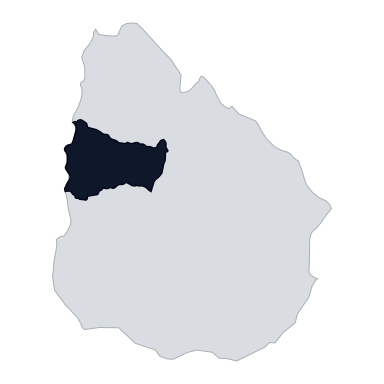 Paysandú on a map of Uruguay (Equal Earth projection)
{"feature_id": "URY-8", "entity_name": "Paysandú", "entity_type": "Department", "adm_level": 1, "iso_a3": "URY", "parent_name": "Uruguay", "parent_adm1": "", "projection": "equal_earth", "projection_center": [-57.298, -32.042], "detail": "fine", "context": "in_parent", "style": "filled", "palette": "ink", "viewbox_px": 384, "rotation_deg": 0, "n_neighbors": 0, "source": "natural_earth", "source_scale": "10m", "svg_char_len": 4757}
<svg xmlns="http://www.w3.org/2000/svg" viewBox="0 0 384 384"><path d="M317.5,278.6L314.9,281.2L312.1,286.1L308.6,297.7L297.5,313.8L295.2,322.8L283.4,332.3L275.0,342.9L269.6,342.6L264.7,347.2L236.6,361.0L226.6,358.4L219.2,358.4L212.4,352.3L196.7,350.1L186.8,352.6L173.5,359.2L169.5,359.1L166.6,358.8L159.5,356.0L155.6,350.1L135.2,343.3L118.8,327.8L99.4,327.5L84.5,329.5L82.2,327.5L80.7,323.5L77.6,317.8L64.8,304.1L54.6,290.4L52.6,277.0L53.9,262.4L56.9,245.1L56.3,239.7L60.1,236.6L63.8,236.0L67.3,231.5L70.5,224.7L71.0,219.6L68.5,210.1L66.7,196.7L64.7,190.1L68.7,179.6L68.9,174.5L66.5,170.0L65.9,165.4L66.9,160.7L66.7,156.1L65.2,151.7L66.3,148.1L70.1,145.2L72.9,140.8L74.7,134.9L75.7,130.4L75.7,127.3L74.6,124.3L72.2,121.5L73.3,116.0L77.8,107.8L80.7,100.4L82.0,94.0L81.9,88.8L80.4,84.9L81.0,82.2L83.8,80.8L85.0,76.7L84.6,66.3L81.7,57.8L83.9,51.0L90.2,43.1L93.4,36.8L93.7,32.0L95.7,29.2L98.7,34.4L107.6,35.8L116.6,36.0L118.1,34.7L121.6,26.1L126.3,23.7L131.4,23.0L136.9,23.5L142.8,29.1L159.5,47.6L171.7,60.4L175.4,66.4L178.7,71.0L181.1,75.2L180.0,86.1L180.1,90.9L180.7,92.2L183.5,92.4L187.6,91.6L191.1,89.2L193.9,85.7L196.6,82.9L198.7,81.4L199.5,79.0L200.8,76.6L202.1,76.1L204.5,77.9L210.1,84.1L214.5,89.9L215.6,93.2L217.3,96.7L219.1,99.7L220.3,102.6L224.6,106.4L229.0,108.8L231.9,106.3L239.2,114.2L255.5,120.9L258.4,124.9L261.2,130.5L266.8,139.1L274.6,146.9L280.9,150.1L287.0,152.0L290.3,153.7L292.6,156.7L296.3,159.8L298.6,161.0L299.4,163.9L301.7,170.1L304.1,178.0L306.7,185.3L312.5,192.3L319.1,197.7L326.0,200.8L329.8,204.7L331.4,208.6L326.7,214.5L321.5,221.9L317.0,227.7L312.3,231.8L310.8,234.6L309.7,238.9L309.4,261.8L308.9,270.4L309.2,272.6L309.8,274.1L312.7,276.4L316.1,278.3L317.5,278.6Z" fill="#d9dde1" stroke="#a8b0b8" stroke-width="1"/><path d="M64.7,188.4L64.7,188.2L65.3,187.5L66.6,184.3L69.9,178.9L70.1,176.7L69.6,174.7L66.0,169.3L65.4,167.8L65.7,166.3L66.8,164.2L67.4,161.5L67.5,158.3L67.3,155.3L66.8,153.1L65.1,151.0L64.5,149.5L64.8,148.1L66.2,146.2L67.1,145.5L68.2,145.0L70.7,144.4L72.0,143.8L72.6,142.8L75.7,131.9L76.2,128.9L75.8,125.7L74.4,123.7L73.0,122.5L73.2,122.4L74.1,121.9L74.8,121.6L75.7,121.8L76.6,122.0L77.2,122.0L77.5,122.0L77.5,121.9L77.6,121.2L77.6,120.8L77.8,120.6L78.1,120.4L80.0,119.8L80.4,119.8L81.0,119.9L82.4,120.5L85.9,122.8L86.3,123.2L86.5,123.5L86.7,123.8L87.3,126.3L87.5,126.6L87.6,126.9L87.8,127.2L88.0,127.4L88.3,127.6L88.7,127.7L96.5,129.7L100.3,131.9L102.0,133.3L102.6,133.7L103.9,134.3L105.1,134.5L106.6,134.5L107.6,134.8L108.1,135.0L108.4,135.3L109.6,137.4L109.9,137.9L110.7,138.5L111.9,139.2L116.0,140.6L116.6,140.9L118.6,142.6L119.2,142.8L123.6,143.4L124.3,143.6L124.8,143.6L125.3,143.6L126.0,143.2L126.4,143.0L126.8,142.7L127.0,142.5L127.3,142.4L127.7,142.4L130.0,143.4L131.1,143.7L131.7,143.7L136.3,142.5L136.9,142.5L137.8,142.7L138.3,142.9L138.7,143.1L139.7,143.9L140.1,144.0L140.4,144.1L142.6,144.1L143.2,144.2L143.6,144.3L146.3,146.3L147.0,146.5L147.3,146.6L150.1,146.7L153.8,148.0L154.1,148.0L154.7,148.0L155.6,147.8L156.3,147.6L156.6,147.3L156.8,147.0L157.1,146.4L157.2,146.1L157.3,145.3L157.7,144.7L159.3,142.8L159.8,142.1L160.1,141.5L160.2,141.1L161.0,140.4L163.7,139.6L165.5,141.9L165.7,142.6L165.9,143.2L166.0,143.7L165.9,145.2L165.9,146.9L166.0,147.4L166.2,147.9L167.4,149.7L167.6,150.1L167.8,150.5L167.7,151.0L167.6,151.4L167.4,151.6L167.2,151.7L166.7,151.7L166.2,152.0L165.9,152.1L165.6,152.4L165.5,152.9L165.3,153.6L165.4,156.6L165.3,157.0L165.1,160.0L164.7,161.5L164.5,162.2L163.8,163.5L163.6,164.3L162.1,172.1L161.7,173.3L160.1,175.4L158.3,177.3L156.3,178.9L154.8,180.5L153.9,182.0L151.0,191.5L149.4,190.5L148.7,190.0L145.8,187.3L145.2,186.9L142.3,185.9L141.4,185.7L141.0,185.8L140.4,185.9L139.9,186.0L139.2,185.9L137.2,185.5L136.6,185.4L135.3,185.8L134.1,185.9L133.0,185.8L131.7,185.4L130.0,184.3L127.2,182.8L126.4,182.6L125.8,182.5L125.5,182.6L125.0,183.0L124.0,183.8L123.5,184.1L123.2,184.3L122.5,184.4L119.1,184.5L118.7,184.6L118.1,184.9L114.7,187.7L114.3,187.9L113.7,188.1L112.8,188.2L112.3,188.2L111.8,188.0L110.6,187.4L110.2,187.4L109.8,187.5L109.0,188.0L108.1,188.4L106.7,188.6L106.2,188.6L104.4,188.2L103.7,188.2L103.1,188.2L102.8,188.4L102.4,188.8L102.0,189.3L101.8,189.6L101.3,190.1L101.1,190.2L99.8,190.7L99.5,190.8L99.3,191.0L99.1,191.3L98.8,191.9L98.8,192.0L98.4,193.1L98.3,193.4L97.9,193.9L97.7,194.2L97.2,194.6L88.0,196.1L87.8,196.4L87.6,196.7L87.5,197.0L87.4,197.4L87.2,198.8L87.0,199.2L86.6,199.6L85.8,200.0L85.3,200.1L84.9,200.0L84.7,199.8L80.1,199.3L79.4,199.1L78.9,198.7L77.8,198.3L76.6,198.2L75.9,198.0L75.5,197.8L75.4,197.6L75.0,196.2L74.7,195.6L74.5,195.4L74.3,195.1L73.1,194.4L72.9,194.2L72.6,194.0L71.2,192.1L71.0,191.9L70.8,191.6L70.4,191.4L69.9,191.1L69.4,191.0L66.7,191.2L65.2,191.5L64.9,190.0L64.7,188.4Z" fill="#0f172a" stroke="#020617" stroke-width="1.5"/></svg>